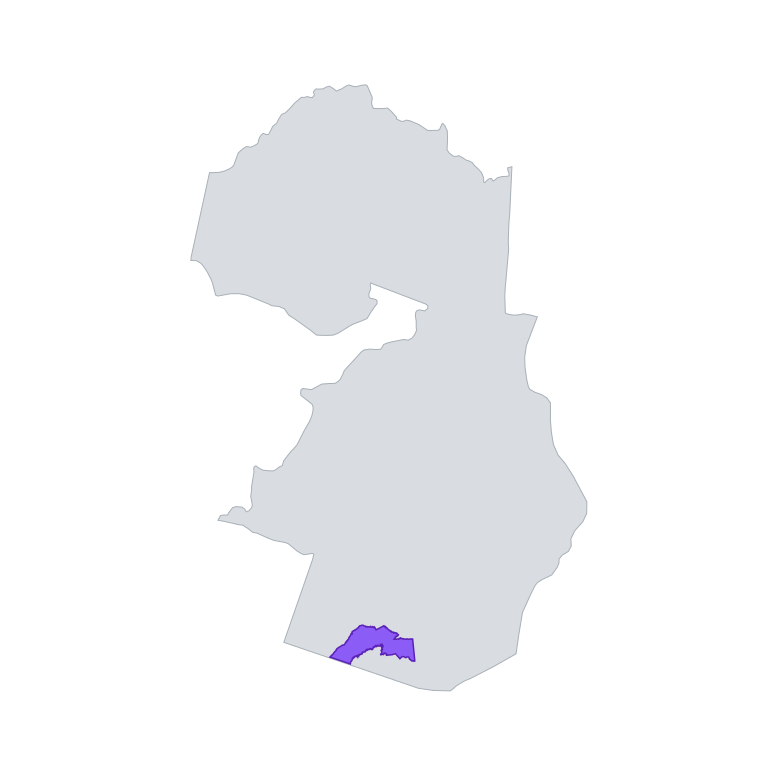 Kalabo, Western, Zambia shown in context, rotated 289°
{"feature_id": "96606910B70334566672203", "entity_name": "Kalabo", "entity_type": "district", "adm_level": 2, "iso_a3": "ZMB", "parent_name": "Zambia", "parent_adm1": "Western", "projection": "albers", "projection_center": [22.442, -14.856], "detail": "fine", "context": "in_parent", "style": "filled", "palette": "violet", "viewbox_px": 768, "rotation_deg": 289, "n_neighbors": 0, "source": "geoboundaries", "source_scale": "gbopen_adm2", "svg_char_len": 9305}
<svg xmlns="http://www.w3.org/2000/svg" viewBox="0 0 768 768"><g transform="rotate(289 384 384)"><path d="M497.4,507.1L466.5,506.1L455.2,508.3L445.9,511.8L434.7,517.5L428.2,521.5L426.4,523.8L425.4,528.8L425.2,536.7L423.9,542.4L420.4,547.5L403.6,553.3L392.6,558.1L381.8,564.0L373.5,571.7L367.8,581.2L358.4,593.0L338.8,614.1L327.6,617.8L318.4,616.8L307.3,612.1L298.4,611.1L291.8,613.8L285.7,612.8L280.2,608.2L275.5,606.5L271.7,607.7L266.9,607.4L258.1,604.8L250.5,597.1L246.4,593.9L243.2,592.6L234.1,591.3L213.1,589.3L191.2,593.0L171.9,596.7L152.5,579.6L133.6,561.5L129.7,557.0L122.5,550.9L117.4,548.0L115.4,546.5L110.3,530.4L107.5,515.6L107.1,373.4L194.6,373.6L200.2,373.1L200.5,371.5L196.5,363.9L196.7,361.2L197.8,356.1L201.7,345.8L202.0,342.4L200.3,331.2L200.5,325.0L201.6,312.3L201.0,308.0L203.1,302.4L203.8,298.6L204.7,297.0L203.7,292.7L202.1,277.6L201.1,271.3L206.4,272.3L208.1,275.4L209.1,278.8L211.5,279.0L217.7,281.1L219.9,283.9L221.3,289.9L220.4,293.0L218.3,295.5L220.3,297.7L224.5,299.2L227.0,298.8L234.1,294.7L240.6,293.3L244.0,292.2L258.6,289.7L261.5,288.3L263.5,288.3L264.9,289.5L263.6,293.7L263.1,297.6L264.8,304.7L266.1,308.1L269.1,310.5L271.3,311.8L273.7,314.4L278.7,314.1L289.8,317.9L293.2,319.6L297.8,321.4L301.1,322.0L312.6,323.5L324.7,325.8L330.9,326.1L335.4,325.6L338.5,324.7L340.5,323.5L341.4,322.6L346.2,309.1L348.5,308.1L351.6,307.4L353.3,308.7L355.1,317.3L363.7,325.2L366.5,331.8L368.6,337.4L370.4,339.0L373.7,341.0L379.0,341.8L383.7,342.1L407.0,352.1L409.6,353.9L412.3,359.1L413.9,364.8L415.6,369.4L418.6,370.4L421.3,370.8L423.9,373.9L425.8,376.7L432.5,388.1L433.3,392.6L436.6,395.6L441.1,397.0L445.3,397.3L447.8,396.1L453.9,394.0L458.6,391.5L462.1,390.7L464.1,391.3L465.6,393.2L466.4,398.8L469.6,400.8L472.1,400.1L473.1,397.9L473.2,396.8L475.1,338.5L472.9,338.8L470.2,340.4L463.9,340.4L461.5,341.5L460.6,343.4L461.1,345.8L461.1,349.1L460.1,350.6L457.4,351.2L453.5,349.8L446.3,347.9L440.4,346.7L436.3,342.2L430.6,335.4L426.9,332.0L418.0,324.8L416.4,323.4L413.7,320.1L411.5,314.6L409.4,308.2L408.3,304.1L410.6,298.0L416.6,277.9L418.0,271.7L422.6,265.4L423.1,259.7L421.5,252.4L422.1,248.3L423.3,225.2L422.3,217.9L419.5,209.7L413.1,198.3L413.2,195.9L423.7,188.9L426.9,186.2L432.4,180.4L436.2,175.5L438.6,171.5L439.5,166.2L437.9,161.2L441.5,160.3L527.1,150.2L528.2,153.7L530.6,159.5L533.4,163.8L536.9,167.6L539.9,170.0L542.0,170.7L555.1,171.0L559.7,173.5L563.7,176.5L564.5,180.9L567.1,183.8L569.9,186.1L571.2,186.4L573.3,186.0L576.8,186.1L580.0,187.1L581.6,188.2L581.6,191.9L582.5,193.6L586.9,194.4L591.4,194.9L595.6,197.6L600.3,198.2L605.7,199.5L608.1,202.3L613.8,205.3L620.7,208.1L628.3,212.6L628.4,213.8L629.6,216.3L630.9,218.1L630.9,220.7L631.4,223.0L633.4,223.7L635.0,224.0L636.7,222.3L638.7,222.5L640.9,223.7L641.6,226.4L643.2,230.2L646.0,232.8L647.8,235.3L646.9,239.7L645.5,243.6L649.2,247.8L654.1,251.8L655.3,253.6L655.5,259.2L656.2,261.1L659.4,266.0L660.9,269.2L660.7,270.9L651.0,279.7L645.3,280.9L642.7,282.6L641.1,284.5L644.3,293.9L646.1,297.5L644.3,301.8L640.3,309.0L638.6,309.6L638.0,315.2L639.0,317.3L640.7,319.0L641.3,322.9L640.7,332.4L637.9,343.0L641.5,352.6L642.9,353.7L648.6,354.1L649.5,354.9L648.0,357.5L643.8,361.5L636.4,364.3L625.8,367.4L623.5,370.7L621.9,375.6L622.9,378.5L624.2,380.3L623.6,384.5L622.4,389.1L622.6,392.7L621.9,395.8L620.5,397.3L618.5,402.0L616.0,406.7L614.1,408.8L611.4,411.0L607.2,412.7L607.3,413.7L611.8,416.1L612.9,417.7L613.3,418.8L611.3,421.1L613.4,422.7L615.9,424.1L618.2,427.4L620.8,433.5L621.3,434.2L622.1,434.3L623.7,433.7L626.6,431.4L628.7,430.6L631.1,434.2L587.1,447.1L576.8,449.7L561.4,454.4L556.4,456.1L552.4,457.9L511.7,468.0L505.3,470.0L490.9,475.5L490.4,476.4L490.4,479.1L491.5,484.8L493.8,489.9L495.8,492.9L496.9,500.5L497.4,507.1Z" fill="#d9dde1" stroke="#a8b0b8" stroke-width="1"/><path d="M155.4,462.6L149.1,456.7L149.5,456.5L149.7,456.0L149.6,455.8L150.4,455.1L150.3,454.5L151.0,454.3L151.3,453.8L151.1,453.6L150.9,453.7L150.7,453.2L150.4,453.1L150.4,452.7L150.8,452.3L150.2,451.9L150.0,451.1L150.2,450.8L150.5,450.5L150.5,450.2L149.7,450.0L149.7,449.6L149.4,448.9L149.5,448.6L149.1,447.7L149.2,447.1L148.4,446.4L148.4,446.1L148.8,445.9L149.1,445.4L148.7,444.6L148.8,443.9L149.1,443.3L149.0,443.0L149.0,442.2L148.6,441.4L148.0,440.8L147.5,439.8L147.0,439.7L146.9,439.5L146.3,439.2L145.8,439.3L144.9,438.9L144.4,438.2L143.3,438.1L143.0,437.7L142.8,437.2L142.3,436.8L141.7,436.7L141.7,436.4L141.2,436.2L140.8,435.4L140.5,435.3L139.9,435.0L139.6,434.6L138.6,434.6L137.5,435.3L137.4,434.3L137.2,434.2L136.9,434.2L136.5,434.4L136.2,434.2L135.5,434.2L134.5,433.9L134.1,433.9L133.5,433.6L133.3,433.7L133.0,433.4L131.8,433.7L131.3,433.4L130.9,433.5L130.4,433.3L130.3,433.0L129.3,432.9L129.1,432.8L129.1,432.6L128.3,432.6L128.3,432.4L127.9,432.4L127.4,432.1L127.3,431.8L126.8,431.8L126.6,431.9L126.3,431.7L125.8,431.8L124.6,431.4L124.0,430.7L124.0,430.4L123.5,429.9L123.4,429.5L122.2,428.8L120.3,427.0L118.2,425.6L117.3,425.3L116.7,425.6L114.8,424.5L114.1,424.4L113.3,424.0L112.8,424.0L112.2,423.8L111.0,423.2L110.8,422.9L110.2,422.9L109.5,422.3L108.2,421.8L108.3,443.2L108.7,443.0L108.8,443.2L109.2,443.2L109.6,443.0L110.5,443.0L111.1,443.4L111.7,443.4L112.1,443.7L112.6,443.6L113.1,443.7L113.8,443.5L114.2,444.0L114.5,444.2L114.9,444.3L115.0,444.3L115.0,444.5L115.3,444.7L115.4,444.3L115.5,444.5L115.6,444.4L116.0,444.4L116.0,444.6L116.3,444.6L116.3,444.8L116.8,445.0L117.1,445.4L117.3,445.6L117.6,445.7L118.0,446.2L118.0,446.7L117.9,446.7L118.0,446.8L117.7,446.9L117.8,447.0L117.6,447.3L117.8,447.2L117.8,447.4L118.0,447.5L117.9,447.8L118.1,447.8L118.0,448.0L118.3,448.0L118.2,448.1L118.4,448.1L118.4,448.3L118.6,448.1L119.0,448.5L119.2,448.2L119.4,448.4L119.4,448.2L119.7,448.2L119.8,448.7L120.1,449.0L120.1,449.3L120.3,449.5L120.5,449.8L120.7,449.7L120.7,450.1L120.5,450.4L120.8,450.2L121.2,450.7L121.3,450.5L121.6,450.5L121.6,450.8L121.9,450.9L121.9,450.7L122.0,451.1L122.3,451.1L122.4,450.9L122.9,451.1L123.1,451.0L123.3,451.1L123.2,451.2L123.3,451.1L123.5,451.1L123.5,451.4L123.6,451.5L123.6,451.8L123.9,452.0L124.1,452.4L124.4,453.1L124.5,453.0L124.8,453.0L125.2,453.3L125.4,453.3L125.8,453.8L126.1,453.7L126.3,454.1L126.5,453.9L126.6,454.1L126.7,453.9L126.9,453.9L127.0,454.3L126.9,454.3L127.4,454.4L127.3,454.6L127.5,454.8L127.4,454.9L127.7,455.0L127.5,455.4L127.9,455.9L128.1,455.9L128.1,456.2L128.5,456.4L128.4,456.5L128.6,456.6L128.6,456.8L129.2,457.0L129.3,457.3L129.1,457.3L129.1,457.7L129.0,457.8L128.9,458.3L128.9,458.5L129.1,458.4L129.1,458.8L129.4,458.8L129.4,459.0L129.6,458.9L129.7,459.3L129.8,459.2L130.0,459.3L130.1,459.5L130.4,459.4L130.8,459.7L131.1,459.9L131.1,459.7L131.4,459.7L131.6,459.7L131.9,459.8L132.1,459.8L132.3,460.1L132.2,460.4L132.4,460.4L132.5,460.7L132.7,460.8L132.8,460.9L132.6,460.9L132.7,461.2L133.3,461.1L133.4,461.5L133.5,461.6L133.6,461.4L133.7,461.6L133.9,461.6L133.7,462.0L134.0,461.9L134.0,462.3L134.1,462.1L134.2,462.3L134.3,462.1L134.3,462.4L134.4,462.6L134.5,462.9L134.4,463.0L134.6,463.1L134.4,463.3L134.6,463.4L134.5,463.5L134.5,463.8L134.4,464.0L134.5,464.2L134.6,464.3L134.7,464.6L135.0,464.6L134.8,464.9L134.9,465.0L135.0,465.4L134.9,465.7L135.0,466.0L135.4,466.1L135.8,466.4L135.8,466.2L136.1,466.3L136.1,466.2L136.3,466.0L136.6,465.8L136.6,466.0L136.8,466.0L137.0,466.4L136.9,466.6L137.0,466.8L137.3,467.0L137.2,467.3L137.4,467.4L136.2,467.2L136.0,467.6L136.2,468.1L136.1,468.4L135.0,468.4L135.1,468.1L135.3,468.1L135.2,467.8L134.8,467.5L134.6,467.7L133.9,467.6L133.8,467.8L133.2,468.1L133.2,468.5L132.9,468.8L132.5,468.5L132.3,468.7L132.0,468.4L131.7,468.5L131.8,468.2L131.6,468.2L131.3,468.0L130.9,468.2L130.9,468.7L130.5,468.7L130.3,469.0L129.8,469.3L129.0,469.3L128.0,468.9L127.6,469.1L127.1,468.9L126.9,469.1L127.3,469.9L128.0,470.5L128.0,471.6L128.4,471.8L129.3,471.6L129.8,472.0L129.7,472.8L129.5,473.2L129.8,473.4L129.7,474.0L129.5,474.3L129.2,474.1L128.8,474.6L128.3,474.7L130.8,480.0L131.6,481.0L132.7,482.7L129.4,488.5L132.2,489.9L132.1,490.2L132.7,491.7L132.6,492.3L132.2,493.3L132.6,494.0L133.2,494.2L133.8,495.8L133.8,496.3L133.5,496.8L132.8,497.1L132.0,497.8L132.2,498.4L131.5,499.5L131.3,500.1L131.2,500.5L131.5,500.9L131.4,501.2L131.8,501.7L131.9,502.0L131.7,502.4L132.1,502.5L131.9,502.5L132.0,502.8L131.8,503.4L131.5,503.6L152.2,494.1L152.1,493.8L152.1,493.5L151.6,493.3L151.6,492.5L151.4,492.1L151.5,491.8L151.2,491.1L150.5,490.3L150.6,489.9L150.5,488.7L150.2,488.6L150.2,488.1L149.9,487.9L149.5,487.0L149.6,486.5L149.4,485.9L149.5,485.3L149.0,484.9L148.9,484.7L149.2,484.2L149.2,483.1L149.0,482.8L149.3,482.6L149.3,482.1L149.0,482.0L148.7,482.1L148.4,481.2L148.0,481.3L147.4,481.0L147.5,480.1L146.7,479.1L146.6,477.8L146.3,477.6L146.1,477.1L146.0,476.6L147.6,477.3L147.9,477.0L148.1,477.0L148.5,477.5L149.0,477.5L149.1,477.8L149.3,477.7L149.4,478.1L150.0,478.1L150.2,478.3L150.2,478.8L150.4,479.0L150.9,478.8L151.1,478.9L151.4,479.3L151.6,479.3L151.7,478.9L152.0,478.1L152.0,477.5L152.5,477.3L152.7,477.1L152.3,476.5L152.5,475.8L152.1,475.4L152.3,474.6L151.7,474.2L151.9,474.0L152.3,474.0L152.5,473.8L152.1,473.2L152.2,472.5L151.9,471.9L152.5,471.5L152.7,471.1L152.7,470.7L152.4,470.5L152.4,470.2L152.9,469.8L153.3,467.9L153.7,467.3L153.8,466.6L154.4,466.2L154.4,465.9L154.1,465.6L154.0,465.3L154.3,464.9L155.0,464.7L155.2,464.3L155.2,464.0L154.6,463.7L154.6,463.3L155.1,463.0L155.4,462.6Z" fill="#8b5cf6" stroke="#5b21b6" stroke-width="1.5"/></g></svg>